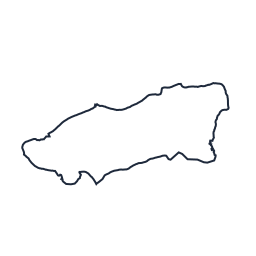 outline of Bali, Taraba, Nigeria, rotated 201°
{"feature_id": "59680162B98222207712503", "entity_name": "Bali", "entity_type": "district", "adm_level": 2, "iso_a3": "NGA", "parent_name": "Nigeria", "parent_adm1": "Taraba", "projection": "albers", "projection_center": [10.998, 8.109], "detail": "fine", "context": "isolated", "style": "outline", "palette": "slate", "viewbox_px": 256, "rotation_deg": 201, "n_neighbors": 0, "source": "geoboundaries", "source_scale": "gbopen_adm2", "svg_char_len": 5302}
<svg xmlns="http://www.w3.org/2000/svg" viewBox="0 0 256 256"><g transform="rotate(201 128 128)"><path d="M188.3,59.9L186.6,60.2L185.4,60.5L184.2,60.7L183.2,61.2L181.9,61.3L180.7,61.8L178.1,60.0L176.4,58.7L175.6,58.7L175.0,59.0L174.6,60.1L173.5,60.1L172.8,59.3L171.8,58.1L171.9,56.7L171.2,57.0L170.7,56.7L170.4,55.5L169.2,54.7L165.7,53.6L163.4,54.3L161.1,55.0L157.8,57.0L156.5,60.1L156.1,62.5L155.0,63.9L155.3,65.2L155.2,67.4L157.4,69.0L157.5,69.6L156.3,70.1L155.3,70.7L153.3,71.5L152.5,71.7L151.4,71.8L150.4,71.6L148.7,71.3L145.3,69.5L144.1,69.2L143.2,68.6L142.1,68.0L141.3,67.4L140.5,66.8L140.0,66.4L139.4,66.0L138.3,65.0L137.5,64.3L137.1,65.5L136.5,66.1L136.1,66.8L135.7,67.4L133.5,71.2L132.8,75.4L132.2,76.2L131.4,77.1L130.4,78.0L129.4,79.1L128.9,80.0L127.9,81.1L126.7,82.2L126.1,82.6L125.7,83.1L124.5,83.8L123.3,84.5L122.1,85.2L121.7,85.6L121.1,86.0L120.1,86.5L119.5,86.8L118.0,87.2L117.0,87.7L116.0,88.2L114.4,88.9L113.2,90.0L112.8,90.4L112.4,91.1L111.5,92.6L111.4,92.7L110.7,93.5L110.1,94.4L109.1,95.5L108.3,96.3L107.5,97.2L106.3,98.1L105.8,98.8L105.2,99.2L103.5,99.9L102.3,100.6L101.5,101.3L99.5,102.7L98.3,104.0L97.8,105.1L97.2,105.8L97.0,106.1L96.6,106.6L95.6,107.5L94.2,108.2L93.0,109.1L92.0,110.0L91.0,110.6L89.8,111.5L89.0,112.0L87.6,112.9L87.5,113.0L85.8,114.5L83.6,115.6L82.5,115.7L82.3,115.8L79.0,113.5L77.5,113.6L76.9,113.7L71.9,123.4L68.1,123.2L61.2,120.2L51.8,123.4L44.9,123.2L43.4,123.6L41.5,124.1L35.9,128.6L36.0,132.5L36.2,133.2L36.4,133.9L37.5,133.9L38.6,135.5L39.5,136.3L39.3,137.4L39.8,138.0L40.9,138.1L41.8,137.5L42.4,138.2L41.4,138.7L41.3,139.1L41.7,139.3L42.1,139.0L42.4,139.4L42.2,139.9L42.9,140.8L43.2,141.1L44.5,141.7L44.5,142.6L46.2,142.4L46.4,142.8L45.7,144.0L46.6,144.9L46.7,145.7L45.9,146.0L45.0,146.2L44.6,146.3L44.7,147.6L44.5,148.6L44.4,149.9L45.1,150.9L45.5,152.0L46.2,153.4L46.4,154.0L46.7,155.1L46.5,156.3L46.8,157.2L46.8,157.8L46.6,158.4L46.9,159.9L46.8,161.2L47.0,162.0L47.3,163.1L47.9,164.1L48.4,164.7L48.6,165.5L48.7,166.8L48.3,167.9L48.3,168.5L48.6,169.3L48.6,170.0L48.7,171.7L48.1,172.7L47.8,174.0L47.8,174.7L47.8,175.7L47.3,176.8L46.9,177.7L46.3,178.5L44.7,179.5L44.3,179.7L43.7,179.9L42.7,180.2L42.1,180.8L41.3,181.7L41.3,182.8L42.0,183.8L42.9,185.4L43.6,187.1L44.1,188.3L44.5,189.4L45.0,190.4L45.5,191.5L46.1,192.3L46.6,193.5L47.0,193.9L48.5,194.9L49.2,195.7L49.6,196.3L50.1,197.6L51.2,198.6L52.3,199.8L53.1,200.8L53.8,201.2L54.4,201.6L56.3,202.4L57.6,202.3L58.3,202.2L58.8,202.1L59.6,201.8L61.7,201.3L62.5,201.1L63.5,200.6L64.3,200.6L65.1,199.9L65.5,199.4L66.1,198.8L67.9,197.2L68.5,197.2L69.3,196.5L69.9,195.9L70.7,195.4L71.1,194.8L72.5,194.1L73.3,193.8L74.4,193.6L75.0,193.3L75.8,192.7L76.6,192.2L77.0,191.8L77.6,191.3L78.4,191.3L79.2,191.0L80.4,190.5L81.5,190.3L82.3,190.0L83.3,189.6L84.3,189.1L85.3,188.6L85.9,188.4L86.5,188.0L86.9,187.5L87.5,187.3L88.3,186.6L89.4,186.3L90.0,186.1L90.8,186.1L91.8,186.2L92.5,186.4L93.3,187.0L94.5,188.1L95.0,187.8L95.8,187.5L96.5,187.3L98.2,185.7L98.6,185.4L99.2,184.8L100.4,183.7L100.8,183.3L101.4,182.6L102.4,181.7L103.0,181.3L103.8,180.6L104.4,180.4L105.4,179.9L106.0,179.7L107.1,179.4L108.5,178.9L109.5,178.3L110.5,177.2L110.2,175.5L109.9,174.2L109.7,173.2L109.8,171.9L109.8,171.3L111.6,169.9L113.0,169.4L114.3,169.4L115.3,168.9L116.3,168.4L116.9,168.2L118.9,167.1L120.1,166.4L120.5,165.9L121.3,164.8L121.9,163.8L122.2,162.9L122.8,162.0L123.4,160.9L124.2,159.6L124.5,158.8L125.5,157.6L126.3,156.6L127.7,155.0L128.2,154.2L129.6,152.8L130.2,152.4L131.2,151.3L132.4,150.2L132.9,149.5L133.2,149.1L133.6,148.4L135.0,147.3L135.6,146.9L136.2,146.2L136.7,145.5L137.5,144.9L138.3,144.2L138.9,143.8L139.5,143.3L140.3,142.8L141.1,142.4L142.0,142.1L142.6,141.9L143.4,141.4L144.0,141.2L145.0,140.7L145.8,140.7L147.3,140.4L148.1,140.4L149.7,140.1L151.2,139.8L152.2,139.8L152.8,139.7L154.1,139.7L154.9,139.6L156.1,139.6L156.8,139.8L158.0,139.5L158.6,139.5L160.1,139.4L160.8,139.1L161.3,138.9L162.1,138.5L164.3,138.8L165.4,139.1L165.5,138.7L165.6,138.0L166.2,137.7L166.6,138.0L167.0,138.1L167.0,137.4L166.7,137.2L166.1,137.0L166.0,136.3L166.4,136.0L166.7,135.6L167.0,135.2L167.4,134.6L168.0,133.5L169.1,132.7L169.7,131.8L170.1,131.3L170.5,130.9L171.4,130.0L172.6,129.1L173.5,128.4L174.7,127.1L175.7,126.3L176.6,125.3L177.3,124.7L178.4,123.8L179.2,123.1L179.4,122.9L179.9,122.4L180.9,121.4L181.9,120.7L182.9,119.7L184.1,118.6L185.1,117.6L185.8,116.8L186.4,116.2L187.4,115.1L188.1,114.0L189.2,112.6L190.2,111.3L190.6,110.6L191.2,109.7L192.0,108.0L192.6,106.6L192.7,106.4L193.4,105.0L194.0,104.2L194.2,103.5L194.8,102.3L195.4,100.9L196.1,99.7L196.5,99.0L196.8,98.3L198.5,96.2L198.9,95.8L199.3,95.4L200.2,94.1L198.2,92.0L198.8,91.7L200.6,91.1L201.3,90.8L201.8,89.2L202.2,88.4L202.5,87.3L203.4,87.0L204.1,86.4L205.1,86.2L206.2,84.8L207.5,84.6L208.6,84.1L209.8,84.5L210.7,84.5L211.6,84.1L212.3,83.8L213.0,83.1L213.4,82.8L213.7,82.5L214.6,81.7L215.6,80.9L216.7,79.8L218.4,78.5L219.1,77.5L219.6,76.4L220.1,74.6L220.0,73.7L219.9,72.9L219.9,72.4L219.5,71.4L216.7,68.4L215.9,67.1L215.6,65.9L214.6,65.6L213.5,65.3L212.5,64.7L211.6,64.5L211.0,64.3L210.0,64.0L209.5,63.6L208.4,62.6L207.0,61.8L205.7,61.0L202.1,59.5L201.0,59.1L199.8,59.0L198.8,58.8L197.5,58.6L196.7,58.7L195.9,58.7L195.0,59.0L193.8,59.0L192.8,59.5L192.2,59.5L191.1,59.6L190.3,59.6L189.7,59.6L189.1,59.9L188.3,59.9Z" fill="none" stroke="#1e293b" stroke-width="2"/></g></svg>